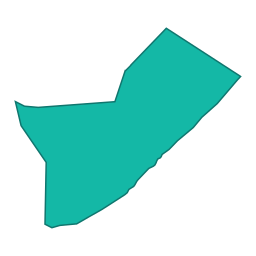 map outline of Shabeellaha Dhexe (Albers equal-area conic projection)
{"feature_id": "SOM-2410", "entity_name": "Shabeellaha Dhexe", "entity_type": "Region", "adm_level": 1, "iso_a3": "SOM", "parent_name": "Somalia", "parent_adm1": "", "projection": "albers", "projection_center": [46.104, 3.02], "detail": "fine", "context": "isolated", "style": "filled", "palette": "teal", "viewbox_px": 256, "rotation_deg": 0, "n_neighbors": 0, "source": "natural_earth", "source_scale": "10m", "svg_char_len": 652}
<svg xmlns="http://www.w3.org/2000/svg" viewBox="0 0 256 256"><path d="M240.6,76.5L237.6,79.7L217.2,103.6L201.8,117.3L193.3,127.5L177.5,140.7L169.1,149.4L162.0,154.5L161.7,155.5L161.2,156.6L160.5,157.6L160.0,158.0L158.1,158.7L156.9,160.5L156.0,162.9L154.8,165.1L153.2,166.3L148.8,168.4L138.0,179.7L136.7,181.4L134.8,184.9L133.7,186.4L128.9,189.4L127.2,192.7L124.8,194.7L101.8,209.5L88.7,216.9L76.6,223.9L76.3,223.9L59.9,225.4L51.9,227.7L45.0,224.2L46.2,162.4L21.1,125.7L15.4,101.6L24.5,106.2L38.2,107.4L114.9,101.7L125.2,70.7L125.4,70.8L130.8,65.4L130.9,65.0L166.3,28.3L240.2,76.2L240.6,76.5Z" fill="#14b8a6" stroke="#0f766e" stroke-width="1.5"/></svg>